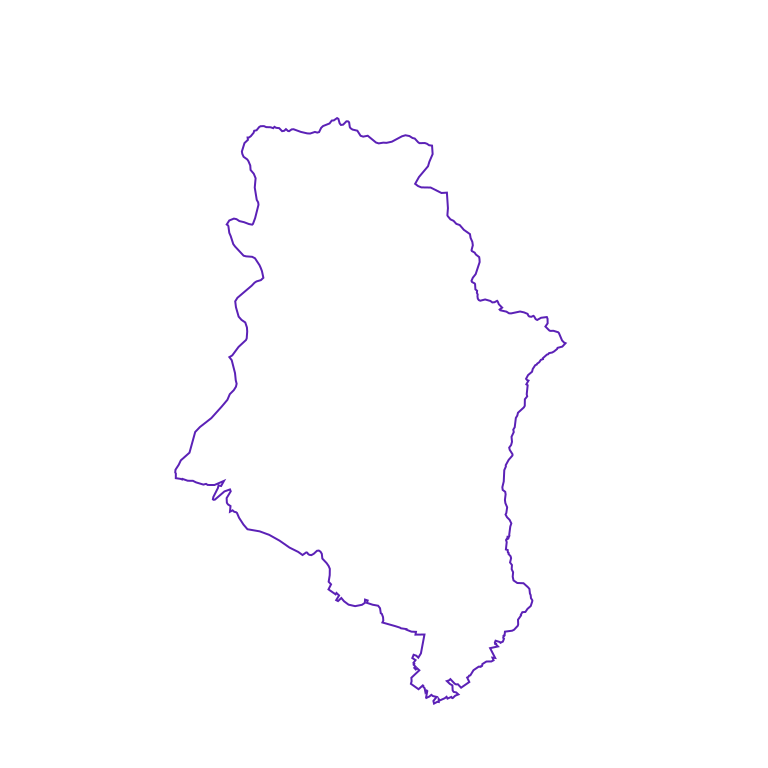 outline of Pucheni, Dâmbovita, Romania, rotated 312°
{"feature_id": "2599482B36978763272246", "entity_name": "Pucheni", "entity_type": "district", "adm_level": 2, "iso_a3": "ROU", "parent_name": "Romania", "parent_adm1": "Dâmbovita", "projection": "natural_earth1", "projection_center": [25.287, 45.196], "detail": "fine", "context": "isolated", "style": "outline", "palette": "violet", "viewbox_px": 768, "rotation_deg": 312, "n_neighbors": 0, "source": "geoboundaries", "source_scale": "gbopen_adm2", "svg_char_len": 6166}
<svg xmlns="http://www.w3.org/2000/svg" viewBox="0 0 768 768"><g transform="rotate(312 384 384)"><path d="M452.3,502.8L460.2,503.6L462.0,503.2L466.9,498.9L470.6,498.7L471.9,496.9L479.2,491.6L479.0,490.0L483.2,489.1L482.7,487.9L482.9,486.1L487.0,485.1L492.2,485.8L494.7,484.5L499.1,483.8L500.7,484.5L501.6,484.2L504.0,484.8L506.9,484.4L508.9,485.5L509.5,484.8L514.9,485.4L516.0,486.1L517.4,486.0L519.9,487.9L522.0,488.6L525.8,489.2L527.0,488.8L531.1,491.5L535.8,491.6L535.3,490.1L535.5,487.2L538.9,479.9L539.0,478.8L536.9,474.3L534.7,472.0L534.4,470.9L534.7,465.5L538.6,465.0L541.9,461.9L542.7,460.2L538.3,456.4L534.1,455.0L533.7,453.3L534.7,450.3L534.6,449.4L532.5,448.5L531.4,446.8L531.4,445.5L532.2,443.8L530.9,440.1L528.9,436.6L521.5,431.2L520.2,429.6L519.7,426.6L516.6,421.1L516.7,420.1L519.8,420.7L520.1,416.0L521.4,413.3L521.5,412.4L518.7,411.4L517.1,409.9L516.9,407.5L514.5,402.6L510.3,399.8L509.8,398.3L510.2,396.6L511.7,394.8L513.2,393.7L513.9,392.0L515.6,390.8L515.5,388.6L519.2,384.8L519.4,384.0L518.7,381.2L519.2,380.0L522.4,378.9L527.0,378.6L538.6,373.5L540.7,371.4L542.0,369.8L541.7,365.6L542.3,363.5L541.6,360.3L542.0,359.5L546.5,357.2L548.7,354.6L550.5,350.6L552.9,347.6L552.0,340.2L552.8,333.9L551.4,330.6L551.8,326.5L550.8,323.2L551.4,319.1L551.8,318.2L557.4,313.9L568.3,302.7L564.4,298.9L561.2,287.2L555.1,280.2L553.9,276.9L553.6,273.2L561.2,271.5L575.3,271.0L579.5,269.0L587.4,266.3L593.3,260.2L591.6,257.7L591.3,255.2L590.4,253.1L586.7,249.2L586.5,247.6L587.0,242.6L585.9,240.6L585.3,237.0L583.2,233.5L580.1,231.6L569.3,227.7L564.9,224.5L562.9,222.0L559.3,219.1L558.1,216.5L557.6,205.8L553.9,203.0L552.8,200.5L554.4,194.7L552.0,190.3L551.7,188.0L552.1,186.6L555.1,183.0L555.1,181.5L554.0,180.3L549.4,180.1L547.7,178.7L548.0,176.7L550.5,172.7L550.2,171.2L546.3,170.3L544.8,168.9L541.2,169.2L534.9,166.1L532.3,165.9L527.8,167.2L526.2,166.2L525.1,164.0L520.7,161.5L518.9,159.3L515.7,153.5L512.8,146.3L511.4,145.0L508.4,144.3L507.8,143.4L507.8,140.6L505.4,140.4L503.7,139.1L504.0,134.9L502.2,132.4L501.8,130.5L500.0,130.5L498.9,127.9L496.1,124.6L495.3,122.2L493.0,119.8L491.5,119.3L487.3,119.5L485.3,118.1L483.5,119.0L479.0,119.2L476.8,118.7L475.9,117.7L474.4,119.5L469.7,119.1L461.7,122.8L460.2,124.7L458.9,127.6L459.4,132.1L458.9,134.1L456.9,138.4L453.8,141.6L453.1,146.6L451.0,150.9L443.5,156.5L435.7,166.2L434.8,168.9L433.2,170.8L421.1,177.2L415.3,179.5L414.2,179.4L412.5,176.6L410.6,171.7L408.3,167.5L407.8,164.1L406.5,161.8L402.0,159.6L397.3,160.4L397.5,161.9L397.2,162.7L392.8,167.9L391.4,171.0L387.1,178.4L386.5,181.4L385.4,193.8L386.6,196.1L390.3,200.9L391.1,204.0L389.0,212.0L387.7,214.9L386.2,217.8L382.2,223.3L378.8,223.0L374.9,220.6L372.6,220.0L368.6,219.9L350.0,217.4L345.9,218.1L342.0,222.6L336.8,230.9L336.3,235.2L336.9,239.7L334.3,244.3L331.5,247.2L326.1,251.4L324.4,252.0L314.2,251.1L303.7,252.1L300.5,251.1L299.8,254.9L292.4,266.0L287.6,271.3L285.6,274.3L282.9,275.8L278.9,276.5L273.3,276.2L267.5,278.2L258.5,278.5L243.1,278.5L228.9,276.0L222.0,275.8L202.8,285.4L191.3,284.1L186.6,285.5L180.8,286.4L178.6,288.0L178.2,289.2L174.7,292.3L177.3,296.2L178.0,297.9L178.6,297.7L180.8,302.9L184.2,306.8L185.1,310.1L188.4,317.1L190.7,318.6L191.0,320.5L192.8,322.6L195.5,325.6L204.9,329.9L199.2,331.2L197.9,328.9L195.5,330.2L185.8,332.8L183.8,334.0L183.9,334.8L184.9,335.7L197.4,337.3L202.6,340.1L201.7,341.9L193.9,343.4L190.6,346.7L190.1,348.6L190.6,351.6L186.0,355.0L188.8,356.0L188.8,358.2L189.7,359.8L189.8,361.0L187.6,365.8L185.5,373.6L184.7,379.7L191.3,390.2L195.1,399.7L197.7,411.2L199.2,423.2L201.8,432.6L202.4,437.9L206.8,438.9L207.3,439.8L206.9,441.4L207.1,442.8L208.2,444.5L210.8,445.4L215.2,445.8L216.6,447.0L216.9,449.0L216.2,451.4L213.0,455.0L212.5,461.2L211.7,464.6L210.4,467.4L205.6,471.6L200.0,475.2L199.7,478.7L194.2,480.2L195.3,488.8L196.9,488.5L196.8,492.1L191.4,493.1L191.9,495.1L196.4,495.5L195.8,499.6L196.3,505.3L199.6,511.2L205.2,515.4L208.5,516.2L211.1,514.2L212.2,516.7L209.9,517.7L212.4,523.3L215.3,528.0L214.7,531.1L211.5,535.0L211.7,536.2L210.1,539.3L207.7,541.8L205.7,542.4L211.6,554.4L213.6,558.8L213.8,560.1L216.9,564.7L216.4,565.0L218.3,570.1L221.2,573.6L218.8,575.1L224.9,581.7L208.5,591.7L203.6,592.6L203.7,589.8L202.6,587.2L199.3,588.4L199.9,592.2L196.4,592.5L196.3,593.8L195.2,593.9L195.0,596.7L193.3,596.5L193.1,598.6L194.9,598.8L194.9,601.8L184.0,600.9L181.6,603.4L179.2,604.6L180.3,613.9L186.0,614.5L186.0,615.2L185.3,615.6L185.1,617.8L182.6,621.1L184.8,620.9L184.8,621.6L179.1,625.1L179.0,625.5L182.0,626.8L184.7,627.2L184.8,629.1L186.7,632.5L181.5,632.8L180.0,635.0L183.5,636.3L184.3,637.5L186.5,635.4L186.2,637.2L191.1,639.4L193.4,639.8L192.7,641.7L196.5,643.4L196.2,644.6L196.5,645.2L200.1,645.5L203.1,647.0L203.1,644.0L201.8,641.8L202.2,640.1L205.8,636.5L205.2,633.7L205.3,629.5L207.5,630.7L209.1,630.8L208.6,637.1L209.0,638.6L210.3,639.8L209.9,644.5L219.6,646.8L221.5,642.2L222.9,642.7L224.2,642.4L225.3,643.1L231.2,642.0L237.3,643.5L238.4,645.0L238.8,644.7L240.2,645.5L241.7,644.5L246.3,645.8L249.6,649.4L252.0,650.3L253.2,647.7L254.8,649.9L258.7,639.6L265.2,644.3L265.4,641.7L265.9,641.2L265.2,640.6L266.0,639.4L267.9,638.7L269.8,642.8L269.6,643.7L272.1,644.7L275.0,643.6L275.1,642.5L275.9,641.9L277.4,641.9L277.3,641.3L278.4,641.4L280.9,639.6L286.4,644.3L288.4,645.1L293.8,645.2L295.1,644.6L298.5,641.3L303.7,640.7L304.0,640.1L307.0,639.5L309.2,641.6L312.9,641.1L317.2,641.6L321.5,639.7L322.5,639.0L323.2,636.5L325.3,634.2L325.9,632.7L329.0,629.2L329.3,627.3L329.3,621.0L325.3,616.2L324.7,611.7L326.9,608.6L330.5,605.9L331.8,602.8L335.1,600.2L335.7,597.1L339.6,595.0L340.7,593.3L341.0,590.3L341.8,589.8L341.8,588.7L343.4,587.0L342.6,585.3L348.6,581.0L349.7,579.1L351.3,578.8L351.2,579.4L352.2,579.8L353.0,579.5L353.4,578.2L354.4,579.0L355.2,578.7L355.8,577.9L362.6,573.2L365.6,571.9L367.1,568.2L367.3,564.6L368.3,561.7L370.0,561.2L374.8,558.0L376.7,553.9L378.8,551.4L383.4,548.2L385.0,546.2L384.7,543.1L386.5,541.0L391.7,538.2L400.5,531.0L404.2,529.8L405.1,528.8L411.1,527.4L416.8,527.3L417.8,526.5L419.2,521.5L420.5,519.6L423.7,519.3L426.7,517.8L430.1,514.1L435.1,512.6L436.6,510.6L439.3,510.1L447.0,504.7L449.7,504.2L452.3,502.8Z" fill="none" stroke="#5b21b6" stroke-width="2"/></g></svg>